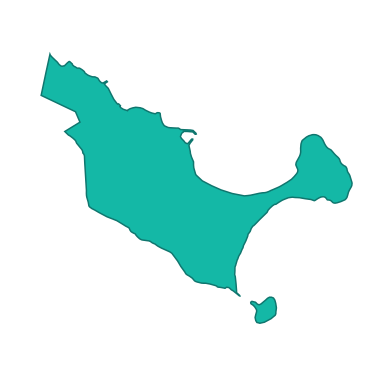 outline of Seltjarnarnesbær, Reykjavík, Iceland, rotated 185°
{"feature_id": "244011B41148599816454", "entity_name": "Seltjarnarnesbær", "entity_type": "district", "adm_level": 2, "iso_a3": "ISL", "parent_name": "Iceland", "parent_adm1": "Reykjavík", "projection": "mercator", "projection_center": [-22.008, 64.155], "detail": "fine", "context": "isolated", "style": "filled", "palette": "teal", "viewbox_px": 384, "rotation_deg": 185, "n_neighbors": 0, "source": "geoboundaries", "source_scale": "gbopen_adm2", "svg_char_len": 5320}
<svg xmlns="http://www.w3.org/2000/svg" viewBox="0 0 384 384"><g transform="rotate(185 192 192)"><path d="M324.0,241.2L322.2,239.7L320.1,238.0L318.5,237.3L315.5,235.4L313.1,233.6L312.0,232.3L311.6,231.3L311.1,230.5L305.3,224.5L304.5,223.0L304.1,221.3L303.2,220.4L302.8,219.8L302.3,218.6L301.5,212.6L300.3,204.5L297.3,184.4L297.1,181.5L296.8,179.4L296.4,177.8L294.5,172.9L293.5,169.2L292.8,168.3L290.4,166.8L287.2,165.5L283.2,163.6L279.7,162.1L274.5,159.9L268.3,158.1L264.4,156.9L259.5,154.5L255.2,152.3L252.3,151.1L251.5,150.6L250.9,149.6L250.6,148.9L249.6,147.6L248.9,147.0L247.0,146.1L245.2,145.4L244.7,145.2L244.0,144.1L242.4,142.6L240.2,140.9L239.2,140.4L237.7,139.9L232.0,139.6L231.4,139.6L230.4,139.5L229.1,139.1L228.2,138.5L227.5,138.1L226.9,137.8L225.8,137.4L224.4,137.0L223.6,136.5L222.0,135.5L221.1,135.0L217.4,133.4L214.2,132.3L208.8,130.4L206.7,129.2L200.3,122.0L196.6,116.8L192.2,111.7L191.1,110.1L190.4,109.5L189.5,109.0L187.3,108.0L185.9,107.2L184.1,106.1L182.7,104.7L181.8,103.8L180.9,103.3L179.1,102.8L176.5,102.4L174.8,102.1L173.0,102.1L172.9,102.1L170.3,102.3L166.1,101.9L161.3,101.0L159.2,100.5L158.9,100.1L158.5,99.7L157.5,99.5L156.2,99.5L154.5,99.4L151.7,99.1L151.3,99.0L150.6,99.0L150.4,99.2L149.7,99.8L149.3,100.1L148.3,100.1L147.1,100.0L146.4,99.7L145.5,99.0L145.0,98.6L144.3,98.0L142.3,97.1L135.8,92.7L135.3,92.6L135.4,93.0L138.8,95.6L139.1,98.1L140.1,104.2L141.5,111.4L142.3,113.5L142.3,115.1L142.4,117.6L142.6,120.2L142.6,121.1L142.0,123.2L142.0,123.5L141.0,128.5L140.6,129.2L140.0,131.7L139.3,133.4L138.4,135.1L137.1,139.3L136.4,140.8L136.0,143.3L135.0,145.7L134.0,148.3L133.4,150.4L133.1,151.3L132.7,152.7L132.5,154.4L132.4,155.0L131.9,155.7L131.1,157.0L130.6,157.9L129.8,160.8L128.5,163.2L127.6,163.9L126.6,165.0L125.3,166.6L125.2,166.7L122.4,170.2L118.1,175.2L115.5,178.2L115.0,179.4L114.7,180.4L112.8,182.9L110.5,185.4L108.6,186.9L107.5,187.0L104.5,189.4L101.5,191.6L99.9,192.5L95.5,194.7L91.5,195.6L89.2,195.5L84.5,195.7L78.9,195.2L72.8,194.9L71.0,194.4L70.6,194.3L69.5,194.0L68.6,194.4L67.5,195.3L66.1,196.4L65.4,196.9L63.4,198.1L61.6,198.6L60.1,198.7L58.8,198.3L58.1,197.7L57.4,197.0L56.7,196.1L56.0,195.9L55.1,196.0L53.7,195.8L53.2,195.6L52.5,195.2L50.8,193.8L49.7,193.4L48.4,193.4L46.5,193.9L42.9,195.4L38.9,197.6L37.8,198.9L37.1,200.3L36.6,202.7L36.1,205.5L35.4,207.5L33.9,210.8L33.4,212.2L33.3,214.4L33.5,215.4L36.2,222.1L36.9,223.3L38.1,224.8L38.4,225.1L38.5,225.3L39.2,226.8L39.8,228.9L40.7,230.3L41.4,230.9L43.0,231.5L44.9,232.7L46.1,233.8L47.0,235.3L47.7,237.1L48.3,238.0L49.5,239.2L52.0,241.1L53.6,242.5L55.0,243.9L56.1,245.0L57.3,246.1L59.0,246.8L60.5,247.5L61.6,248.4L62.7,249.6L64.0,251.4L66.1,255.1L67.3,256.6L68.4,257.7L69.9,258.5L71.3,259.2L73.5,259.8L75.4,259.8L77.1,259.6L78.2,259.1L80.5,258.2L82.8,256.7L83.2,256.3L85.6,254.0L86.7,252.9L87.2,251.3L87.6,249.3L87.6,246.7L87.6,245.1L87.2,241.2L87.4,239.1L88.0,236.9L88.3,236.2L90.7,230.7L90.9,229.0L90.9,228.0L90.7,227.7L90.3,226.8L88.6,223.7L88.4,222.5L88.6,220.9L89.4,219.3L91.5,216.3L94.0,213.3L98.2,209.9L104.5,205.4L106.3,204.3L110.7,201.9L113.4,200.5L114.2,200.0L115.7,199.1L117.7,198.2L119.3,197.7L121.9,197.3L124.8,196.6L133.4,193.9L136.2,193.3L139.5,192.7L151.8,194.0L163.2,196.6L173.1,200.0L182.7,204.0L188.7,208.7L189.8,209.7L190.6,211.7L191.4,213.8L192.3,216.2L192.8,218.9L193.1,222.2L194.4,224.6L195.6,226.9L196.9,230.2L197.3,232.3L198.3,235.5L199.0,237.7L199.1,238.0L198.9,238.7L198.1,240.5L195.8,244.0L195.9,244.8L196.4,244.8L197.0,244.6L200.4,239.8L201.8,240.0L203.1,240.5L204.3,241.9L207.1,244.4L208.3,246.0L208.3,246.5L207.5,249.2L207.0,250.0L206.0,250.8L205.9,251.6L201.7,251.9L196.7,251.9L196.1,251.7L193.9,249.8L193.1,249.9L192.8,250.1L193.2,250.9L196.3,253.4L198.9,253.6L208.8,253.2L210.2,254.1L211.4,254.5L213.4,254.3L216.2,254.2L219.4,254.1L221.5,254.2L225.4,255.6L227.4,258.1L228.5,260.4L229.9,264.2L230.6,267.6L231.7,268.1L233.6,268.0L234.8,267.1L235.5,266.7L239.0,267.2L241.5,267.9L245.4,269.4L248.2,270.8L251.0,271.4L255.4,271.5L258.2,270.7L260.9,269.6L263.1,268.1L263.3,267.4L267.6,268.4L270.3,269.8L271.2,270.8L270.9,271.2L270.8,271.7L272.8,273.4L273.2,273.3L273.8,273.1L274.9,274.1L276.6,276.0L277.8,277.3L278.6,278.5L281.4,282.9L283.3,286.1L284.5,288.0L287.3,290.4L287.5,290.6L288.7,292.1L285.9,294.4L286.7,295.2L289.9,293.0L290.1,292.8L291.8,293.0L292.7,293.7L293.4,294.2L294.2,295.1L295.6,297.0L296.1,297.3L297.3,297.7L298.7,298.2L300.0,298.1L300.3,298.1L301.5,298.1L304.3,298.8L306.2,299.5L307.5,300.3L308.9,301.2L309.3,301.6L309.5,302.2L310.3,303.0L312.1,304.2L313.8,305.1L314.7,305.5L315.6,305.6L316.2,305.4L317.0,305.4L317.8,305.7L319.0,306.4L320.2,306.8L321.9,308.0L322.3,308.7L322.4,309.1L324.8,311.0L325.5,311.3L325.9,311.2L327.3,309.9L328.8,308.1L330.0,306.7L330.5,306.4L331.2,306.4L331.8,306.1L332.4,305.9L333.4,306.1L335.5,307.4L336.9,309.0L337.8,309.9L340.0,311.6L343.2,314.2L345.1,316.0L345.5,316.8L347.8,299.0L350.7,275.1L315.0,261.8L315.0,261.7L309.7,251.8L324.0,241.2ZM121.0,84.4L119.3,82.8L117.4,80.2L117.2,78.4L117.8,75.3L118.2,72.5L117.3,69.5L116.0,67.7L112.9,67.2L108.5,68.6L102.2,72.7L98.3,76.6L97.9,78.0L98.0,79.8L97.8,83.9L98.9,88.4L100.1,91.6L101.6,93.5L103.6,94.1L105.7,93.9L107.5,92.7L109.3,90.7L113.4,86.6L115.0,85.6L115.3,85.5L117.0,85.9L119.1,87.7L122.8,88.3L123.9,87.3L123.6,85.9L121.0,84.4Z" fill="#14b8a6" stroke="#0f766e" stroke-width="1.5"/></g></svg>